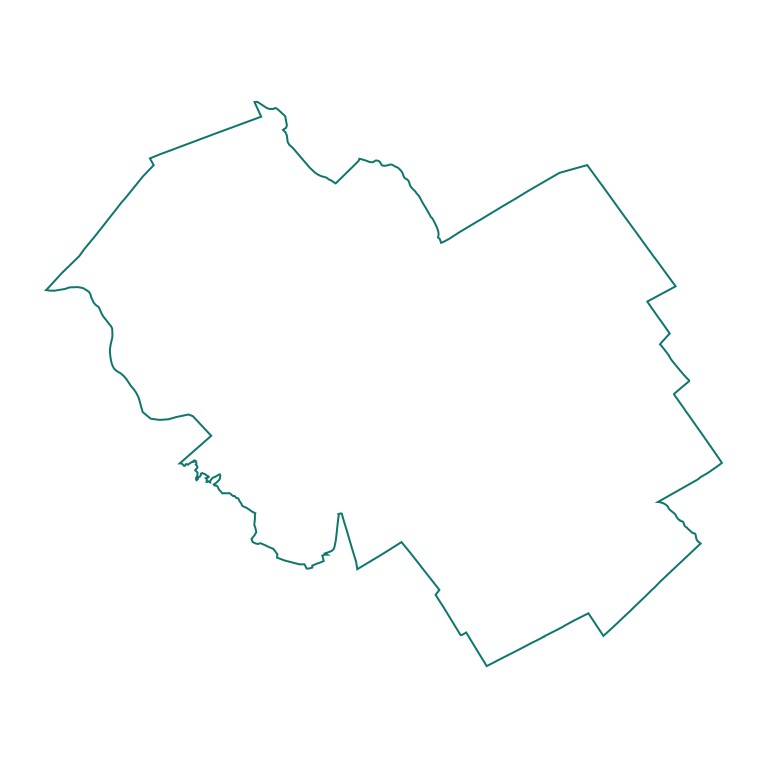 outline of Vacaresti, Dâmbovita, Romania
{"feature_id": "2599482B45717783963826", "entity_name": "Vacaresti", "entity_type": "district", "adm_level": 2, "iso_a3": "ROU", "parent_name": "Romania", "parent_adm1": "Dâmbovita", "projection": "robinson", "projection_center": [25.508, 44.844], "detail": "fine", "context": "isolated", "style": "outline", "palette": "teal", "viewbox_px": 768, "rotation_deg": 0, "n_neighbors": 0, "source": "geoboundaries", "source_scale": "gbopen_adm2", "svg_char_len": 6078}
<svg xmlns="http://www.w3.org/2000/svg" viewBox="0 0 768 768"><path d="M486.7,666.1L499.0,659.7L503.8,657.3L507.9,655.2L512.7,652.8L528.1,644.8L532.3,642.6L533.9,641.8L536.0,640.8L543.2,637.1L543.7,636.9L543.5,636.7L545.5,635.7L562.9,626.8L563.8,626.2L564.0,626.0L573.7,620.7L588.4,613.3L603.4,635.9L607.3,632.4L616.4,624.0L623.5,617.2L628.6,612.5L634.6,606.6L645.5,596.2L650.7,591.0L655.3,586.7L659.3,582.5L667.1,575.1L697.9,546.1L699.3,544.7L700.3,544.0L700.7,543.6L699.5,542.6L698.4,541.8L697.3,540.6L696.6,539.4L696.3,538.5L695.9,536.4L695.6,534.7L694.9,533.6L693.5,533.2L692.1,532.6L691.3,531.9L690.3,530.9L688.1,529.0L687.2,527.9L685.8,526.9L684.8,526.2L684.4,525.3L683.7,523.1L683.1,521.9L682.1,521.3L680.3,521.0L679.6,519.9L678.5,519.5L677.6,518.4L676.3,516.3L675.2,514.2L672.8,512.2L670.2,510.1L668.8,508.7L667.9,506.6L665.9,504.7L663.2,503.2L659.9,502.2L657.9,502.0L697.5,479.6L697.9,479.4L698.2,479.1L699.2,478.3L700.0,477.6L701.0,476.9L702.2,476.2L705.3,474.4L707.2,473.3L709.4,471.9L711.9,470.1L717.4,466.3L720.9,463.7L721.9,462.9L720.0,460.0L701.4,433.2L695.5,424.9L690.0,417.0L686.8,412.6L682.6,406.5L676.4,397.8L674.1,394.5L674.0,394.0L677.1,391.3L681.9,387.2L689.1,381.2L689.2,380.8L689.1,380.5L689.0,380.3L686.2,377.5L683.8,374.8L681.1,371.7L674.7,364.0L670.9,359.2L670.4,358.3L669.7,357.0L668.5,355.0L666.6,352.4L662.2,346.8L660.7,345.0L660.0,344.4L660.8,343.3L663.0,340.8L669.7,333.5L669.4,333.1L662.8,323.6L657.4,316.1L649.0,304.1L647.3,301.6L647.6,301.4L675.1,286.6L675.6,286.3L654.5,257.5L654.2,257.3L640.5,238.4L640.4,238.2L620.0,210.3L619.8,210.0L602.1,185.4L601.9,185.2L587.2,165.1L572.5,169.2L559.4,172.9L530.3,189.7L530.0,189.9L525.6,192.5L518.3,197.0L511.1,201.3L503.2,205.9L496.0,210.3L487.3,215.5L483.8,217.7L474.6,223.1L463.3,229.9L458.3,232.9L457.8,233.2L455.6,234.7L448.9,239.0L443.6,241.8L441.1,242.8L440.6,241.3L440.1,240.0L439.5,238.6L438.0,237.5L438.5,235.3L438.5,233.1L438.1,230.7L436.8,227.1L436.0,225.6L434.5,222.3L432.3,218.3L430.9,217.1L429.4,214.2L425.7,207.8L423.0,203.4L420.2,198.2L419.4,196.9L419.4,196.4L416.9,193.7L415.8,192.2L414.5,190.6L413.0,189.2L410.9,186.9L410.2,185.7L409.6,183.9L409.1,182.1L408.5,180.9L407.7,179.9L406.2,178.9L405.0,178.3L404.3,177.5L403.4,175.6L402.7,173.5L401.4,171.2L399.6,169.2L397.9,167.7L396.9,167.2L395.5,166.7L393.5,165.5L391.7,164.6L391.3,164.6L390.3,164.5L388.1,165.2L385.2,165.8L383.6,165.7L382.6,165.5L381.9,165.3L379.8,161.9L378.7,161.0L377.6,160.6L376.2,160.5L375.5,160.6L373.6,161.8L372.6,162.2L371.1,162.2L369.1,161.8L367.4,161.1L364.1,160.0L360.8,159.1L359.7,158.9L359.3,158.8L359.1,159.8L358.6,160.9L354.1,165.4L335.7,183.4L334.3,182.6L331.5,180.6L329.6,179.8L328.5,179.2L327.5,178.3L326.5,177.6L325.4,177.3L322.3,176.5L319.9,175.6L317.6,174.4L315.8,173.2L314.1,171.8L309.9,167.8L307.6,165.2L299.1,155.3L293.1,148.2L289.2,144.7L287.6,141.8L287.0,136.0L285.6,132.5L283.0,129.9L286.1,127.8L286.9,125.3L285.2,116.2L277.2,108.8L275.0,108.0L273.5,108.9L269.8,109.0L266.9,108.1L257.6,102.0L255.3,101.9L254.5,102.1L261.2,116.7L260.3,117.0L256.6,118.4L252.0,120.1L247.0,121.9L211.8,134.9L208.4,136.2L200.8,139.0L197.2,140.4L190.3,143.0L189.1,143.4L176.5,148.1L175.9,148.4L162.1,153.5L160.7,154.0L160.0,154.3L158.5,154.9L149.9,158.4L153.7,165.2L153.6,165.3L143.2,176.1L143.0,176.3L125.2,198.3L121.7,202.2L114.5,211.5L114.1,212.0L113.7,212.4L113.5,212.8L111.9,214.7L101.1,228.5L98.2,232.1L97.0,233.7L83.9,249.6L79.3,256.1L62.3,272.6L47.2,289.0L46.1,290.1L50.7,290.7L54.6,290.7L57.9,290.1L65.0,289.0L69.4,287.4L77.7,287.1L81.3,287.7L83.5,288.3L84.9,289.2L87.0,290.5L89.1,292.0L90.4,294.2L91.1,297.1L92.7,300.4L93.5,302.4L94.6,303.7L96.4,305.5L98.7,307.0L100.0,309.8L100.9,312.0L102.0,314.3L103.4,316.7L105.9,319.7L108.1,322.7L111.2,326.4L112.2,328.7L112.4,333.2L112.4,336.5L112.1,338.4L111.6,340.4L111.2,342.5L110.7,344.3L110.2,347.3L109.9,350.9L110.1,353.3L110.1,354.3L110.6,358.1L111.3,361.9L111.9,364.0L112.7,366.0L114.1,368.7L116.9,371.2L120.8,373.4L123.6,375.9L126.4,379.1L128.3,382.0L130.7,385.7L133.9,389.4L136.3,393.0L138.5,397.3L139.8,401.6L141.2,406.9L142.7,412.1L150.7,418.7L159.8,419.9L168.2,419.3L176.5,417.0L188.6,414.5L192.9,416.2L211.2,435.8L179.8,463.4L181.1,463.4L182.2,463.9L184.1,465.9L185.1,465.7L185.8,464.2L187.1,464.2L187.9,464.7L189.4,463.6L192.1,461.9L193.6,461.9L193.4,461.1L194.3,460.4L195.5,460.8L196.2,461.8L196.2,462.6L196.4,463.9L195.8,464.6L196.0,464.9L196.8,465.6L197.5,467.0L197.3,467.8L195.2,470.3L196.7,471.7L197.5,472.5L197.4,475.3L196.7,476.8L196.1,478.2L196.1,479.4L196.5,480.2L197.8,479.2L198.4,477.2L199.7,476.7L200.7,475.5L200.9,473.7L202.2,473.0L202.7,473.4L204.4,473.9L205.2,474.2L206.3,475.4L207.6,475.9L208.8,476.9L208.6,477.2L207.8,477.6L205.9,478.2L206.7,478.9L206.8,479.7L206.8,480.7L206.5,481.9L207.2,481.9L208.2,481.3L209.1,481.9L210.2,482.4L210.2,480.8L211.2,479.4L213.1,477.6L215.2,476.8L217.2,475.6L219.7,474.3L220.3,475.3L220.1,477.6L219.5,479.6L216.8,482.3L213.8,484.5L214.5,485.5L216.2,485.5L217.4,486.3L218.9,489.4L220.5,491.2L222.4,493.4L224.7,493.2L228.1,493.3L229.2,493.1L230.7,493.9L232.0,495.3L233.1,496.0L234.5,496.0L236.1,497.8L236.9,498.0L238.0,498.3L238.6,499.0L239.5,501.0L241.2,503.4L242.1,505.6L243.3,506.4L246.3,507.7L248.9,509.4L251.9,511.5L253.4,512.3L255.3,513.2L254.9,514.5L254.9,519.2L254.5,522.5L254.3,524.9L255.4,528.1L256.3,532.1L254.6,535.1L251.5,539.0L252.7,542.1L256.3,543.7L258.2,543.9L260.5,543.2L264.7,545.0L268.3,546.8L273.3,548.8L277.4,554.3L277.0,557.6L284.6,560.5L299.4,564.3L304.5,564.3L306.6,568.5L308.9,568.5L312.3,567.6L312.3,565.6L316.5,563.8L321.1,562.2L323.7,561.0L323.4,559.5L322.3,555.6L324.8,554.7L327.4,554.7L325.2,553.3L331.5,551.1L333.9,548.8L334.7,545.9L335.7,540.9L336.4,535.4L337.9,521.4L338.8,514.7L338.4,514.2L339.9,513.6L340.9,513.4L341.8,513.7L342.2,515.3L343.6,520.1L344.9,524.5L346.4,529.2L351.1,545.4L352.6,550.4L356.1,561.8L356.4,563.7L357.3,569.2L379.1,556.1L385.8,552.0L401.5,542.1L409.3,551.6L417.3,561.7L422.7,568.7L439.4,589.9L435.6,594.9L443.5,607.2L459.0,632.5L460.7,635.1L462.3,634.8L466.2,632.5L473.0,643.7L486.7,666.1Z" fill="none" stroke="#0f766e" stroke-width="2"/></svg>